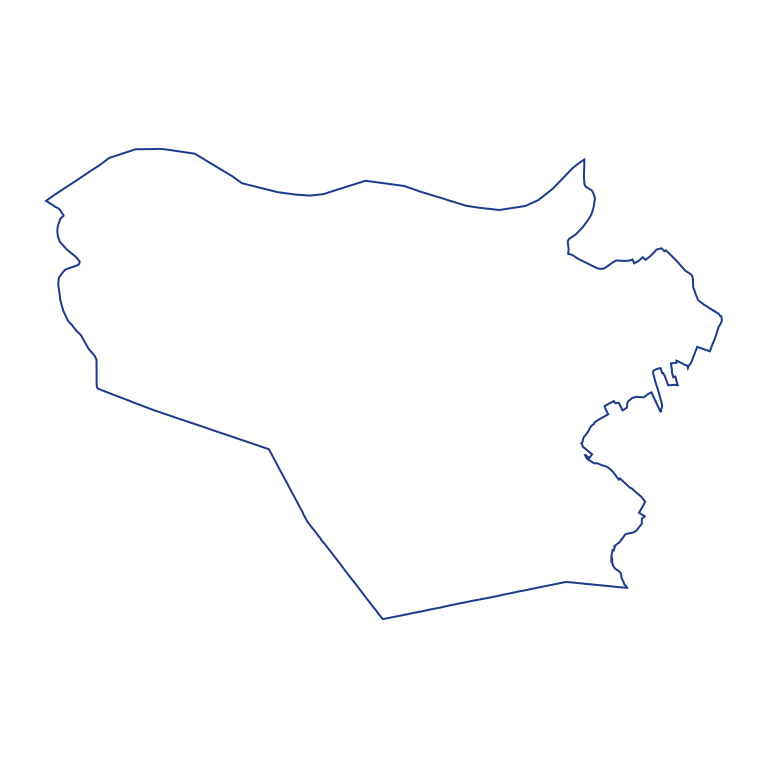 Ostrov, Constanta, Romania
{"feature_id": "2599482B6584350262118", "entity_name": "Ostrov", "entity_type": "district", "adm_level": 2, "iso_a3": "ROU", "parent_name": "Romania", "parent_adm1": "Constanta", "projection": "orthographic", "projection_center": [27.443, 44.076], "detail": "fine", "context": "isolated", "style": "outline", "palette": "blue", "viewbox_px": 768, "rotation_deg": 0, "n_neighbors": 0, "source": "geoboundaries", "source_scale": "gbopen_adm2", "svg_char_len": 5944}
<svg xmlns="http://www.w3.org/2000/svg" viewBox="0 0 768 768"><path d="M54.6,194.8L48.2,199.3L46.1,200.9L47.8,201.8L49.1,203.0L50.8,203.8L53.2,205.3L55.2,206.9L57.1,207.7L58.4,208.4L59.4,209.3L60.2,210.2L61.2,212.0L63.4,215.0L63.6,215.4L63.5,215.9L60.5,218.6L60.3,218.9L59.1,222.5L58.5,224.0L57.6,227.5L57.5,229.3L57.3,231.3L57.4,232.5L58.0,236.6L59.8,241.7L66.8,249.5L70.0,252.1L75.8,256.8L79.6,261.4L79.3,263.9L77.4,265.3L72.2,267.1L68.7,268.3L64.9,269.9L62.3,273.0L58.9,277.6L58.6,279.3L58.3,284.7L59.6,294.2L60.3,300.2L63.3,310.8L68.0,320.8L72.1,325.3L76.6,331.1L80.8,335.0L83.2,339.3L88.2,348.1L89.4,349.8L94.7,355.9L96.5,359.7L96.5,360.0L96.6,368.5L96.6,373.9L96.6,382.4L96.7,384.3L97.0,387.3L97.9,388.6L104.2,391.1L115.4,395.5L123.2,398.4L130.7,401.3L133.2,402.4L135.7,403.3L142.9,406.0L150.1,408.8L155.5,410.7L178.8,418.7L193.5,423.6L205.4,427.6L217.5,431.8L226.3,434.7L238.8,439.0L249.2,442.5L259.4,446.0L268.9,449.2L271.5,454.0L276.2,462.9L279.2,468.6L281.1,472.1L287.6,484.1L291.2,491.1L297.3,502.3L299.0,505.7L302.9,512.7L303.1,513.7L307.4,521.7L312.5,528.3L314.6,530.8L314.8,531.1L318.2,535.6L320.4,538.3L321.9,541.0L324.1,543.1L326.4,546.1L329.5,550.1L332.5,554.0L334.8,557.0L341.8,566.0L344.9,570.4L346.9,572.8L349.5,576.3L356.2,584.7L366.0,597.7L372.8,606.4L375.4,609.6L378.6,614.0L382.8,619.1L395.0,616.7L401.3,615.5L403.8,614.9L408.8,614.0L411.7,613.3L413.6,612.9L415.8,612.5L418.4,612.0L421.8,611.4L425.0,610.6L429.6,609.6L440.1,607.6L449.9,605.4L458.7,603.6L461.8,603.0L468.3,601.7L472.9,600.7L479.3,599.6L482.8,598.8L484.2,598.6L485.6,598.4L488.1,597.9L490.0,597.6L492.0,597.1L500.0,595.5L502.2,594.9L506.3,594.1L514.0,592.5L518.5,591.5L522.3,590.8L525.5,590.2L528.7,589.6L531.4,588.9L534.2,588.4L538.1,587.6L541.9,586.8L545.9,586.0L549.5,585.3L554.4,584.3L565.6,582.0L566.4,582.0L576.9,582.9L579.4,583.2L586.9,584.0L589.4,584.2L599.6,585.2L610.8,586.3L613.8,586.6L616.9,587.0L627.1,587.8L627.0,587.5L626.8,587.2L625.8,585.9L624.8,584.7L624.1,584.0L623.8,583.2L623.8,582.5L623.4,581.5L622.7,580.4L621.8,578.5L621.5,577.5L621.2,575.4L621.0,573.6L620.6,573.0L619.6,571.9L618.4,570.8L617.4,570.2L615.8,569.1L614.5,568.0L613.7,566.7L613.0,565.6L612.9,564.5L612.6,564.3L612.3,563.4L612.1,559.1L611.3,560.1L611.3,558.2L611.3,557.5L611.5,556.0L611.7,554.2L612.3,551.6L612.7,550.1L613.7,550.5L613.8,550.0L614.8,547.2L614.3,546.4L615.4,545.3L618.4,543.0L619.4,542.4L621.2,539.9L621.9,538.9L622.2,539.0L622.5,538.3L624.3,535.7L625.3,534.4L626.9,533.8L632.8,532.6L636.3,530.8L638.8,527.6L639.4,526.7L641.2,524.6L641.7,523.8L641.8,523.3L641.8,520.8L641.8,519.0L642.5,518.2L644.7,516.5L644.8,516.2L641.7,514.5L639.0,512.7L642.3,507.2L645.2,501.7L640.9,496.4L637.3,493.4L631.6,488.3L630.0,487.8L625.8,483.8L621.5,479.9L620.0,478.5L618.9,479.6L617.3,477.7L616.6,477.0L615.5,475.1L614.2,473.6L613.1,472.1L612.7,471.5L609.7,468.8L608.6,467.9L605.9,466.3L605.0,466.0L603.7,465.8L602.9,465.4L601.7,465.2L601.1,465.0L598.8,463.8L597.6,463.4L596.6,463.2L595.9,463.2L595.2,463.4L594.9,463.5L594.4,463.3L593.7,462.9L592.4,462.3L590.2,460.7L589.3,460.3L588.8,460.1L588.4,459.8L587.9,459.3L586.5,458.1L585.7,456.4L584.9,455.1L585.3,454.9L589.2,458.0L592.1,454.3L588.0,451.0L586.5,449.7L586.0,449.2L585.7,449.0L582.7,446.7L582.4,445.1L582.1,444.3L581.7,443.6L581.3,443.4L581.8,442.7L582.5,442.0L583.2,438.8L583.7,437.2L584.8,436.0L586.6,433.8L588.9,430.3L589.7,428.5L590.8,426.7L592.1,425.3L593.8,424.1L594.5,422.4L599.2,419.3L608.2,414.3L605.3,408.3L604.7,406.0L605.0,405.8L613.8,401.1L614.8,402.5L615.1,402.9L615.4,403.1L615.8,403.1L616.3,403.1L617.2,402.9L617.9,402.7L618.4,402.8L618.8,402.9L619.2,403.5L622.5,410.4L626.7,407.8L626.9,407.4L627.0,406.9L627.1,405.3L627.4,402.9L627.9,401.7L628.6,401.0L632.1,398.1L632.5,397.9L633.6,397.6L635.4,397.1L636.2,396.8L642.3,397.3L643.2,397.3L643.5,397.3L645.5,396.1L647.5,394.4L651.4,392.3L655.5,401.1L660.4,411.5L661.2,411.2L660.8,409.9L661.9,407.6L662.1,406.5L662.1,405.2L662.0,404.4L659.9,396.8L658.2,390.5L655.3,381.6L652.9,372.3L653.2,371.3L653.8,370.5L654.5,370.0L656.3,369.2L659.4,368.2L660.2,368.1L660.6,368.2L662.1,373.0L663.0,373.0L663.3,373.1L663.5,373.9L663.8,374.6L664.5,375.3L667.1,382.3L668.2,385.3L671.6,385.1L673.1,384.9L674.4,384.8L676.7,385.2L677.6,385.2L675.5,376.9L675.4,376.7L675.2,376.5L674.7,376.7L674.4,376.8L673.4,377.3L672.7,375.1L672.0,372.7L671.9,372.2L672.0,370.8L671.9,369.5L671.4,367.1L671.1,364.6L671.0,363.4L673.3,363.2L675.7,362.8L676.3,362.8L676.5,362.8L676.4,360.7L677.5,361.0L685.0,364.9L686.6,365.3L687.3,365.7L687.9,368.0L688.6,366.2L689.3,365.1L690.4,363.9L691.6,361.5L697.2,346.9L698.3,347.3L709.9,351.3L710.8,348.9L712.7,343.5L712.9,343.5L715.8,336.1L718.7,326.6L720.3,324.4L721.9,320.5L721.3,316.2L720.2,315.9L718.7,313.7L713.7,310.9L714.0,310.6L710.6,308.9L706.0,305.8L704.6,305.2L698.0,300.0L695.8,294.5L693.2,287.1L692.9,279.0L692.3,276.1L690.9,274.3L685.2,270.6L675.8,260.0L665.9,250.3L664.5,251.3L661.6,248.3L656.4,249.6L655.9,250.3L654.8,251.5L654.7,251.7L650.4,256.0L645.6,259.8L642.8,257.2L639.2,260.5L634.3,263.3L632.4,259.4L631.0,260.2L627.4,260.8L624.0,260.9L616.1,260.5L613.6,261.9L607.6,266.1L604.2,268.4L601.2,268.9L599.0,268.7L596.2,267.8L589.8,264.6L577.5,258.5L575.7,257.2L573.0,255.4L570.8,254.4L568.2,253.9L568.6,248.9L567.7,241.4L568.9,239.0L569.0,239.0L575.7,234.5L583.0,226.9L588.0,220.1L590.8,215.6L592.4,211.5L593.6,207.2L595.0,198.2L593.6,193.8L591.9,190.5L585.7,186.7L584.5,184.3L583.9,177.0L584.3,164.3L584.3,159.6L577.8,163.9L572.2,168.5L552.8,188.7L538.3,200.1L525.2,206.0L499.3,210.0L479.5,207.8L471.1,206.5L465.9,205.7L450.6,200.9L450.6,201.0L443.3,198.6L419.9,191.5L404.3,186.0L379.2,182.6L365.5,180.8L336.2,190.0L323.6,194.1L309.7,195.6L294.8,194.5L277.9,192.2L259.8,187.7L241.9,183.2L232.2,176.2L221.0,169.5L194.8,153.7L190.8,153.1L170.5,150.1L161.3,148.9L135.5,149.3L121.4,153.9L121.4,154.0L109.4,157.8L108.6,158.4L99.2,165.4L89.6,171.6L75.8,180.9L54.7,194.7L54.6,194.8Z" fill="none" stroke="#1e3a8a" stroke-width="2"/></svg>